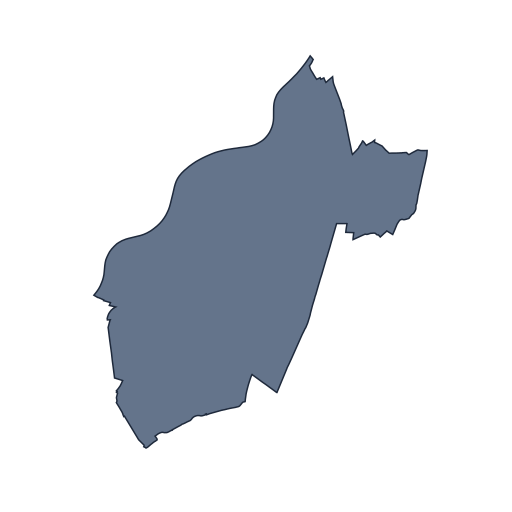 the district of Wijchen, Gelderland, Netherlands, rotated 98°
{"feature_id": "6326949B70706228671559", "entity_name": "Wijchen", "entity_type": "district", "adm_level": 2, "iso_a3": "NLD", "parent_name": "Netherlands", "parent_adm1": "Gelderland", "projection": "mercator", "projection_center": [5.703, 51.82], "detail": "fine", "context": "isolated", "style": "filled", "palette": "slate", "viewbox_px": 512, "rotation_deg": 98, "n_neighbors": 0, "source": "geoboundaries", "source_scale": "gbopen_adm2", "svg_char_len": 6013}
<svg xmlns="http://www.w3.org/2000/svg" viewBox="0 0 512 512"><g transform="rotate(98 256 256)"><path d="M191.9,105.9L190.8,105.4L189.2,104.7L188.0,104.4L187.2,104.3L186.9,104.3L186.5,104.3L183.7,104.6L182.9,104.6L182.1,104.3L181.8,104.2L180.6,104.1L178.3,104.0L176.5,104.0L173.1,104.0L172.4,103.9L161.5,103.0L156.1,102.7L139.0,101.2L133.9,100.9L133.3,100.9L131.9,100.9L127.7,101.2L128.3,104.8L128.6,107.3L128.6,107.9L128.4,110.1L128.5,110.7L128.6,110.9L128.7,111.1L131.7,115.3L132.7,116.6L134.3,118.6L134.2,119.1L133.4,120.3L132.6,121.4L132.6,121.5L132.8,122.7L133.1,124.0L133.2,124.7L133.4,125.5L133.5,125.7L133.6,125.9L133.8,127.3L134.2,129.4L134.7,132.3L135.2,135.9L135.7,138.4L134.4,140.3L133.1,142.2L133.1,142.4L132.8,142.6L129.5,146.5L129.3,147.2L128.7,149.0L127.4,152.6L127.3,153.0L127.1,154.4L124.7,154.6L125.7,155.6L127.2,157.1L128.0,158.3L128.9,159.4L128.9,159.5L129.9,160.8L131.1,162.2L128.5,164.7L127.5,165.8L127.2,166.3L127.2,166.5L128.7,166.9L129.3,167.1L133.7,169.2L134.6,169.4L134.9,169.5L138.0,171.6L142.0,174.6L140.5,175.4L137.9,176.3L134.5,177.5L123.9,181.3L113.6,184.9L101.3,189.4L100.5,189.3L99.9,189.5L99.4,189.8L97.5,191.1L97.1,191.3L94.8,192.4L94.2,192.6L93.8,192.7L93.3,192.9L91.9,193.6L89.0,195.1L76.7,202.0L74.4,203.2L73.3,203.6L72.8,203.8L67.8,205.1L71.5,208.4L72.1,209.0L72.6,209.3L74.1,210.6L74.4,210.9L72.6,212.2L70.2,213.6L72.0,216.4L70.5,217.3L72.6,220.5L70.5,222.4L69.4,223.3L68.0,224.4L66.1,225.9L65.7,226.3L64.2,227.5L63.2,228.2L63.0,228.3L60.6,229.4L60.3,229.6L59.2,228.9L58.2,228.4L57.4,228.0L56.6,227.7L55.7,227.4L54.2,227.0L53.5,226.7L52.2,228.0L51.8,228.5L50.3,230.2L52.4,231.1L55.3,232.5L58.2,234.0L61.2,235.7L64.1,237.4L67.0,239.2L70.0,241.1L72.9,243.3L75.8,245.4L78.8,247.7L84.6,252.4L87.6,254.6L90.5,256.4L93.4,257.8L96.4,258.6L99.3,259.2L102.3,259.4L105.2,259.3L108.1,259.0L117.0,257.8L119.9,257.6L122.8,257.7L125.8,258.1L128.7,258.8L131.7,259.8L134.6,261.2L137.5,263.0L139.8,264.8L141.6,266.6L144.0,269.6L146.0,272.5L147.4,275.5L148.5,278.4L150.2,284.3L151.0,287.3L151.9,290.2L152.7,293.2L153.6,296.1L154.5,299.1L155.5,302.0L156.7,305.0L157.9,307.9L159.3,310.9L160.9,313.8L162.7,316.8L164.5,319.7L166.5,322.7L168.6,325.6L170.9,328.6L173.6,331.6L176.4,334.5L181.3,338.9L184.3,341.2L187.2,343.0L190.1,344.4L193.1,345.4L196.0,346.0L198.9,346.4L204.8,346.9L216.5,348.1L219.5,348.5L222.4,349.1L225.4,350.0L228.3,351.0L231.2,352.3L234.2,353.9L237.1,355.8L240.0,358.1L243.4,361.3L245.9,363.9L248.4,367.2L250.2,370.1L251.7,373.1L256.4,384.9L257.5,387.3L259.5,390.8L261.8,393.8L263.3,395.5L266.3,397.9L269.2,399.9L272.1,401.5L275.1,402.6L278.0,403.5L280.9,404.2L283.9,404.4L286.8,404.4L292.7,404.1L295.6,404.0L298.6,404.2L301.5,404.6L304.4,405.3L307.4,406.1L310.3,407.2L313.2,408.6L316.1,410.3L317.4,411.1L318.0,409.7L318.4,408.7L319.1,407.0L319.2,405.9L320.7,400.6L321.4,400.7L322.4,393.6L325.4,394.4L326.0,387.9L326.6,388.7L327.4,389.6L327.8,390.0L328.4,390.6L328.7,390.8L329.8,391.8L330.2,392.0L331.2,392.6L332.1,393.1L333.7,393.8L334.4,394.0L335.3,394.2L336.8,394.5L337.9,394.6L338.5,394.7L340.0,394.3L339.4,391.4L340.5,391.7L347.3,392.5L348.0,392.3L360.6,388.9L372.2,385.6L380.1,383.6L384.0,382.5L389.8,380.9L396.5,379.1L397.4,373.6L397.9,370.7L401.1,371.6L403.5,372.4L406.2,373.8L409.0,375.5L409.5,374.6L410.4,375.2L411.1,374.0L415.2,374.5L415.5,374.5L416.1,374.4L418.4,373.6L418.9,373.6L419.1,373.5L419.8,373.6L420.6,373.9L425.3,370.0L427.0,368.7L428.5,367.5L429.6,366.7L430.9,365.9L431.5,365.7L433.4,364.6L432.9,364.0L451.6,348.8L454.1,346.8L454.4,346.5L458.9,340.5L459.9,340.4L460.5,340.6L460.9,339.4L461.1,338.8L461.5,338.2L460.4,336.7L458.6,335.1L457.1,333.8L456.1,332.8L455.0,331.8L453.5,330.2L453.4,329.9L451.8,328.3L450.7,328.7L448.4,330.9L445.8,328.2L444.9,327.0L444.1,325.6L443.8,324.9L443.6,324.0L443.7,322.0L443.5,321.1L443.4,320.3L443.2,319.5L442.8,318.8L442.0,317.6L440.4,315.5L440.4,315.1L440.1,314.6L439.8,314.7L439.7,314.7L438.4,312.9L436.6,310.5L435.7,309.3L434.0,306.9L433.9,306.8L432.8,305.8L432.4,304.8L431.1,302.8L430.0,301.3L428.1,298.3L426.9,297.3L425.4,296.5L424.2,295.5L423.3,294.3L422.6,293.0L422.1,291.6L421.9,289.9L422.0,288.2L421.6,286.7L420.2,283.7L419.6,284.0L419.2,283.2L420.1,282.8L418.5,279.8L413.7,268.9L412.7,266.2L412.6,265.8L411.6,263.4L410.5,260.5L409.9,258.8L408.7,255.1L408.4,254.5L407.8,252.9L407.6,252.5L407.4,252.1L406.9,251.5L406.7,251.3L406.3,251.0L403.6,249.4L402.9,248.9L402.5,248.5L402.3,248.1L402.0,247.5L401.9,246.7L401.7,246.5L398.9,246.6L393.9,246.6L391.1,246.4L387.5,246.0L384.3,245.6L380.2,244.9L377.0,244.3L373.9,243.5L373.9,243.4L374.0,243.4L374.7,242.0L378.6,234.7L379.5,233.1L381.4,229.4L381.5,229.1L384.1,224.3L386.6,219.6L388.2,216.7L388.3,216.3L387.9,216.1L387.1,216.0L385.7,215.6L364.1,210.0L361.9,209.5L359.3,208.6L352.3,206.5L343.6,204.0L327.5,199.4L323.3,198.0L321.1,197.3L320.6,197.0L319.8,196.7L318.2,196.3L315.1,195.5L309.0,194.5L306.9,194.2L304.8,194.1L301.5,193.7L298.7,193.4L298.1,193.3L297.7,193.3L293.8,192.7L293.2,192.6L291.0,192.2L290.8,192.3L290.6,192.2L289.3,192.0L288.0,191.9L285.7,191.4L276.2,190.1L273.1,189.6L271.6,189.4L270.1,189.2L264.9,188.3L260.0,187.6L248.3,185.9L246.3,185.5L244.0,185.2L238.3,184.3L235.6,183.9L233.8,183.7L226.0,182.6L212.7,180.7L212.1,176.4L211.9,174.9L211.3,170.9L211.3,170.4L216.3,170.5L220.1,170.4L219.3,162.5L225.7,162.3L226.3,162.2L225.2,160.5L220.4,153.0L219.8,152.0L219.4,151.4L219.3,151.2L219.2,151.0L219.2,150.8L219.2,149.3L219.2,149.1L219.0,148.7L218.8,148.1L217.9,146.3L217.7,146.0L217.6,145.5L216.9,142.4L216.9,141.7L216.9,141.4L216.9,141.2L217.0,141.0L217.8,139.7L218.2,139.1L218.2,138.8L218.2,138.4L218.1,137.6L219.0,136.7L219.9,135.6L217.6,133.7L215.7,132.2L214.2,130.8L213.0,130.0L215.5,124.1L215.7,123.6L210.7,122.2L205.5,120.9L204.8,120.7L202.1,119.5L201.2,119.0L200.7,118.6L200.2,118.3L200.0,118.0L199.6,117.1L199.4,116.5L199.4,115.9L199.5,115.1L199.5,114.7L199.3,113.8L199.0,113.1L197.8,110.4L197.3,109.7L193.9,107.8L193.3,107.4L192.4,106.4L192.0,106.1L191.9,106.0L191.9,105.9Z" fill="#64748b" stroke="#1e293b" stroke-width="1.5"/></g></svg>